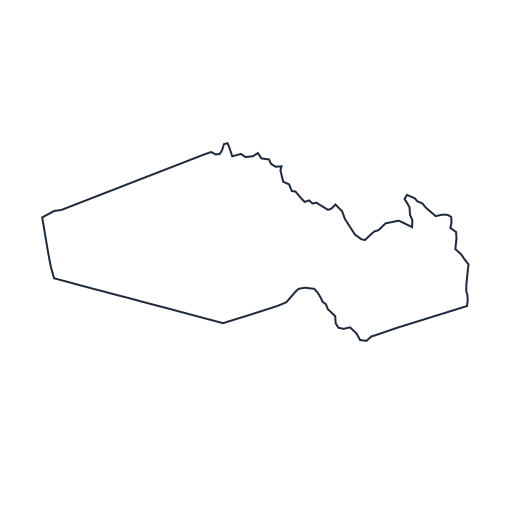 Mantenópolis, Espírito Santo, Brazil, rotated 161°
{"feature_id": "56859067B5994146036846", "entity_name": "Mantenópolis", "entity_type": "district", "adm_level": 2, "iso_a3": "BRA", "parent_name": "Brazil", "parent_adm1": "Espírito Santo", "projection": "equal_earth", "projection_center": [-41.118, -18.871], "detail": "fine", "context": "isolated", "style": "outline", "palette": "slate", "viewbox_px": 512, "rotation_deg": 161, "n_neighbors": 0, "source": "geoboundaries", "source_scale": "gbopen_adm2", "svg_char_len": 1540}
<svg xmlns="http://www.w3.org/2000/svg" viewBox="0 0 512 512"><g transform="rotate(161 256 256)"><path d="M58.7,229.2L61.3,232.5L66.2,234.4L73.1,235.2L79.6,246.3L81.6,251.6L85.5,255.0L87.2,259.0L93.4,264.6L97.0,261.5L95.9,257.1L95.0,252.1L97.0,244.7L96.5,239.0L99.0,232.5L109.4,242.9L122.8,244.7L131.8,240.5L135.9,240.7L140.4,239.0L147.8,235.6L151.0,237.6L155.5,244.1L159.9,262.2L160.0,270.2L164.1,278.8L169.4,276.2L172.9,276.2L181.5,286.7L185.4,287.2L187.8,291.3L192.4,291.3L194.7,296.4L197.7,304.1L201.0,305.8L201.4,313.0L206.1,317.3L205.0,329.1L202.7,332.5L208.4,334.0L211.8,338.2L212.3,343.1L219.1,346.5L220.7,352.7L226.5,351.3L233.7,353.0L237.1,357.4L246.0,358.0L245.9,367.4L246.2,372.0L249.9,372.2L253.8,366.9L257.0,364.3L261.0,365.1L264.5,368.9L271.5,368.9L338.7,366.3L425.4,362.9L431.9,364.3L445.6,362.1L451.5,326.5L453.5,312.5L454.2,300.7L430.4,284.6L424.1,280.4L419.3,277.1L414.4,273.9L406.4,268.5L396.0,261.6L388.4,256.6L378.2,249.6L353.5,233.2L350.2,230.9L323.0,212.6L318.2,209.4L309.0,203.2L300.8,203.0L282.0,202.4L257.7,201.9L251.8,201.8L242.3,202.4L229.9,209.6L226.5,211.1L220.1,210.1L211.6,206.0L209.5,201.0L208.4,195.5L207.9,190.9L205.6,187.7L205.4,182.4L200.7,173.3L202.6,166.3L201.4,161.3L196.9,158.6L190.3,157.9L186.2,150.1L184.9,142.6L179.1,139.8L173.1,142.4L168.8,142.2L156.6,142.2L146.2,142.2L72.8,140.0L70.3,145.1L68.9,149.9L68.6,154.5L66.3,160.7L62.4,169.2L57.8,178.9L59.8,184.6L61.5,190.9L65.3,197.6L60.8,207.2L59.0,213.5L63.1,219.3L60.6,223.2L58.7,229.2Z" fill="none" stroke="#1e293b" stroke-width="2"/></g></svg>